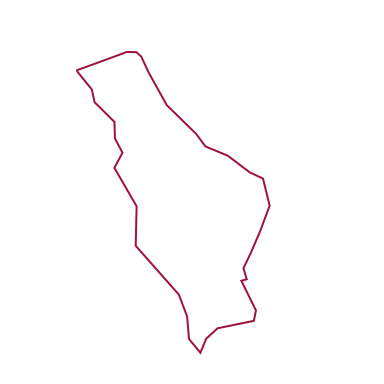 the border of Peterborough, rotated 250°
{"feature_id": "GBR-2760", "entity_name": "Peterborough", "entity_type": "Unitary Authority", "adm_level": 1, "iso_a3": "GBR", "parent_name": "United Kingdom", "parent_adm1": "", "projection": "natural_earth1", "projection_center": [-0.256, 52.584], "detail": "fine", "context": "isolated", "style": "outline", "palette": "rose", "viewbox_px": 384, "rotation_deg": 250, "n_neighbors": 0, "source": "natural_earth", "source_scale": "10m", "svg_char_len": 589}
<svg xmlns="http://www.w3.org/2000/svg" viewBox="0 0 384 384"><g transform="rotate(250 192 192)"><path d="M345.8,125.8L345.8,160.9L345.9,178.7L342.4,187.6L336.6,190.6L319.3,192.1L282.2,198.0L245.2,215.8L230.2,220.2L213.9,238.0L190.8,252.9L180.3,263.3L152.6,260.3L131.7,242.5L114.4,226.2L102.8,214.3L91.3,213.6L91.7,208.0L58.9,211.6L49.8,206.1L55.2,169.4L49.3,155.2L38.1,144.9L54.9,138.9L76.6,144.8L100.0,144.6L160.7,120.7L197.6,135.1L241.2,127.3L252.7,140.1L268.6,137.9L284.4,143.1L309.6,131.2L322.6,132.9L344.5,125.4L345.8,125.8Z" fill="none" stroke="#9f1239" stroke-width="2"/></g></svg>